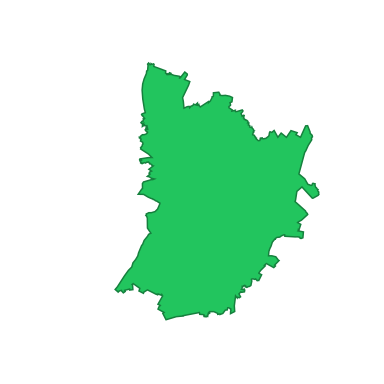 outline of Dolores Hidalgo Cuna de la Independencia Nacional, Guanajuato, Mexico, rotated 129°
{"feature_id": "50627088B75403273518894", "entity_name": "Dolores Hidalgo Cuna de la Independencia Nacional", "entity_type": "district", "adm_level": 2, "iso_a3": "MEX", "parent_name": "Mexico", "parent_adm1": "Guanajuato", "projection": "mercator", "projection_center": [-100.949, 21.105], "detail": "fine", "context": "isolated", "style": "filled", "palette": "green", "viewbox_px": 384, "rotation_deg": 129, "n_neighbors": 0, "source": "geoboundaries", "source_scale": "gbopen_adm2", "svg_char_len": 6013}
<svg xmlns="http://www.w3.org/2000/svg" viewBox="0 0 384 384"><g transform="rotate(129 192 192)"><path d="M67.7,143.9L69.1,145.3L81.2,142.1L82.1,147.3L79.7,147.6L82.0,153.7L90.1,153.0L90.1,159.8L95.4,159.7L92.5,166.9L95.5,167.5L96.1,169.3L97.2,169.1L99.8,167.6L101.1,167.7L103.9,168.4L105.9,170.2L106.4,171.4L105.9,171.6L107.1,172.8L107.8,172.5L108.1,171.9L108.6,172.0L109.3,171.7L110.4,172.8L110.3,175.6L109.6,175.8L109.8,176.9L109.3,177.3L109.4,178.1L108.7,179.1L109.3,180.9L107.4,181.8L106.6,181.7L106.3,182.4L105.4,182.2L105.5,182.5L104.6,183.8L104.6,185.1L103.9,186.3L104.3,186.2L105.2,188.1L104.0,189.0L104.4,190.4L102.6,191.2L103.2,192.2L102.7,192.2L101.9,193.0L101.8,194.8L102.3,195.1L102.1,196.1L102.7,197.0L101.9,198.0L102.1,198.5L99.7,199.6L100.0,200.3L101.6,200.7L100.1,203.3L97.5,203.2L96.8,203.6L96.6,204.6L101.0,207.6L102.1,208.7L101.7,209.8L101.4,209.9L104.0,211.9L102.9,212.4L103.3,216.2L102.4,217.1L100.5,216.6L99.9,217.0L98.7,218.7L96.8,217.7L93.1,220.0L93.9,223.1L95.9,226.9L97.9,229.0L99.3,231.1L99.0,231.6L98.5,231.7L97.6,234.0L101.4,237.8L104.1,235.7L104.9,235.8L105.3,236.3L106.4,235.7L109.8,235.0L111.6,235.3L110.9,235.6L111.0,236.0L120.7,239.1L120.3,240.8L121.2,242.3L119.9,242.1L120.5,242.9L120.2,242.8L119.7,243.4L120.2,243.7L120.0,243.8L122.0,244.1L122.5,245.4L123.1,245.7L123.0,246.0L123.9,245.8L124.9,246.0L125.6,246.7L128.0,246.8L127.8,247.1L126.8,247.2L127.5,248.3L128.7,249.4L131.9,251.0L127.0,255.8L124.6,258.7L111.1,261.9L107.6,263.2L109.3,268.6L104.0,269.3L103.3,269.9L103.3,273.1L110.7,273.0L111.2,273.4L109.9,274.2L110.1,274.8L112.7,279.4L113.5,282.0L114.9,283.6L113.1,283.3L113.4,284.5L115.5,284.5L115.4,285.2L117.1,285.4L115.9,285.8L116.3,287.3L114.4,288.6L118.5,300.7L116.7,301.8L116.6,302.5L117.9,303.4L118.0,304.6L118.6,304.2L119.5,304.7L119.0,306.9L120.6,307.0L121.3,305.8L125.5,303.0L126.5,303.4L128.6,302.0L134.2,300.4L139.1,298.3L144.2,294.9L150.6,288.9L157.7,281.0L159.7,278.2L162.7,280.0L163.6,279.9L164.0,278.6L163.7,278.3L164.0,278.0L164.6,275.1L165.3,275.2L165.6,275.6L165.7,275.2L166.7,275.3L167.6,274.6L168.4,275.3L170.3,275.3L170.4,273.8L169.4,273.1L170.5,273.0L172.3,271.8L171.4,271.5L171.2,272.0L170.3,272.0L169.6,271.5L170.3,271.1L170.2,270.4L169.3,269.4L169.7,268.5L169.1,268.4L170.3,266.9L170.1,268.5L171.0,268.1L170.5,267.6L171.5,266.3L172.3,267.6L172.9,267.5L173.5,267.9L173.0,267.1L173.6,266.4L173.3,265.1L173.8,264.6L173.6,264.1L173.9,263.9L175.3,264.0L176.5,264.5L177.7,265.4L178.7,266.6L181.1,267.1L181.4,266.8L182.2,267.0L182.2,266.6L182.6,267.4L182.9,267.1L182.5,266.8L182.5,266.3L183.0,266.2L183.2,265.6L182.9,264.8L184.8,264.1L184.4,261.8L185.5,260.3L186.7,260.3L187.5,259.7L189.4,259.8L189.3,259.6L190.9,259.0L189.9,249.7L190.4,244.8L192.8,247.6L199.1,253.3L200.0,253.0L200.2,252.5L199.3,252.7L199.6,251.8L198.9,251.6L199.0,251.2L200.7,251.7L201.1,250.8L201.0,249.9L201.7,250.0L201.7,249.8L201.4,248.6L199.2,247.6L198.7,246.3L197.2,245.9L196.8,245.2L196.2,245.0L196.2,242.9L196.6,242.9L196.7,242.4L196.4,242.2L196.2,241.6L196.2,239.7L196.6,239.7L196.7,239.3L196.3,238.6L201.5,239.8L201.2,236.6L203.3,237.5L204.5,237.1L204.5,235.9L208.0,236.5L207.1,234.7L206.9,232.3L205.5,229.4L207.0,230.2L208.0,231.4L214.7,236.0L216.7,235.8L220.5,232.6L221.3,232.9L227.6,232.4L224.3,228.1L223.6,223.0L222.6,219.2L222.0,218.3L222.3,217.6L221.7,216.4L221.8,215.0L221.1,213.0L221.2,211.5L220.7,210.2L221.2,209.6L226.9,208.0L230.5,208.4L233.7,210.6L235.2,212.5L237.8,213.7L238.4,213.0L239.2,213.2L239.5,211.8L240.4,210.3L248.1,203.9L249.9,198.0L252.2,199.1L254.2,198.7L259.8,198.7L263.8,197.4L265.2,197.5L273.0,195.2L275.8,193.9L280.0,193.3L284.2,193.3L288.2,191.6L292.9,192.1L299.7,191.7L312.8,190.3L316.1,190.4L316.2,187.6L316.0,187.3L316.3,186.4L314.4,186.1L312.9,184.9L313.2,184.6L313.6,181.9L311.3,181.3L310.8,182.5L306.7,179.4L307.4,178.7L305.1,176.5L301.4,179.9L301.5,180.3L300.2,180.1L299.7,171.9L302.3,170.9L301.3,166.0L300.0,166.4L296.1,165.0L294.0,155.3L293.6,155.1L293.6,154.2L292.5,154.2L292.5,153.2L292.2,153.1L291.7,151.4L290.7,151.4L290.6,151.0L291.4,150.9L291.3,149.4L300.7,147.8L300.1,145.3L302.2,145.4L304.4,144.7L303.2,137.9L304.7,138.3L307.6,131.8L298.7,125.7L293.9,120.8L293.7,121.1L281.0,110.4L282.2,109.0L280.2,106.1L280.0,105.2L280.7,104.9L280.5,104.6L281.1,104.1L280.1,102.5L279.6,102.8L278.9,101.5L277.0,102.6L275.9,102.3L276.2,102.9L275.4,103.2L274.8,102.2L274.1,102.7L274.3,103.1L274.0,103.2L271.2,99.7L270.2,95.7L270.9,95.0L269.6,93.9L269.2,93.4L269.5,93.1L267.0,91.6L262.8,91.8L261.5,90.4L259.5,91.4L259.2,91.1L258.7,90.2L258.5,88.2L259.1,88.1L259.6,87.1L260.6,86.8L262.3,85.5L258.0,83.6L253.8,87.5L245.3,92.8L245.9,90.2L245.2,90.5L244.4,88.7L242.9,88.3L241.6,91.4L238.8,91.2L238.8,90.4L236.6,88.4L235.0,89.3L235.1,89.9L234.6,90.5L235.6,90.6L236.4,92.3L235.7,92.3L233.8,93.5L233.7,92.9L232.4,93.0L231.6,92.4L231.8,92.2L231.3,92.1L231.3,90.9L231.9,90.7L232.0,90.2L231.6,89.3L230.4,88.9L229.2,87.9L227.6,87.4L223.7,89.4L222.4,90.9L221.9,90.7L221.1,89.9L220.4,88.2L219.5,87.8L219.9,85.5L219.2,85.2L218.8,84.4L212.5,85.8L213.1,88.9L212.8,89.1L209.8,89.3L203.4,88.6L203.5,89.6L200.8,89.2L199.3,80.9L197.0,80.6L196.9,81.8L190.5,81.2L190.6,82.1L189.6,86.1L191.3,89.7L193.4,92.4L189.9,94.8L187.3,95.8L184.0,96.6L180.5,98.0L176.8,98.0L176.3,97.5L175.7,97.7L175.8,97.9L173.9,97.5L171.8,95.4L169.8,94.9L167.3,93.6L167.0,92.9L168.0,92.2L167.9,91.9L161.9,83.5L160.2,81.5L159.4,79.8L159.9,78.9L159.5,78.0L157.8,77.0L152.9,80.3L155.4,85.0L154.6,84.9L154.6,85.5L154.1,85.8L153.9,85.1L148.7,87.1L149.3,90.7L148.4,90.6L145.0,89.2L136.7,87.9L136.1,88.9L135.9,90.8L135.3,91.9L134.6,105.9L133.2,106.4L125.5,110.9L118.9,109.7L121.1,94.6L120.5,94.0L115.3,91.9L114.0,91.9L113.7,92.6L113.1,92.8L112.2,93.6L112.0,95.0L111.3,95.6L110.8,95.6L110.9,96.7L110.4,97.9L110.6,98.7L109.1,101.0L108.2,101.4L109.1,103.5L109.9,103.6L111.1,103.1L111.9,103.5L113.1,106.8L110.8,112.7L110.7,120.3L90.4,129.3L88.4,129.5L82.7,131.0L76.1,131.8L74.7,133.2L73.3,133.1L72.3,134.4L72.0,137.2L71.1,137.9L67.7,143.9Z" fill="#22c55e" stroke="#15803d" stroke-width="1.5"/></g></svg>